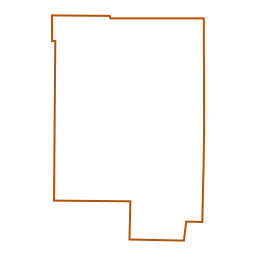 Crawford, Missouri, United States of America
{"feature_id": "52423323B82106170335401", "entity_name": "Crawford", "entity_type": "district", "adm_level": 2, "iso_a3": "USA", "parent_name": "United States of America", "parent_adm1": "Missouri", "projection": "mercator", "projection_center": [-91.306, 37.954], "detail": "fine", "context": "isolated", "style": "outline", "palette": "amber", "viewbox_px": 256, "rotation_deg": 0, "n_neighbors": 0, "source": "geoboundaries", "source_scale": "gbopen_adm2", "svg_char_len": 307}
<svg xmlns="http://www.w3.org/2000/svg" viewBox="0 0 256 256"><path d="M109.8,15.9L51.9,15.4L52.1,41.0L55.3,41.1L54.0,200.6L130.3,201.3L129.5,239.5L183.9,240.6L186.2,221.6L202.3,222.0L203.6,164.7L204.1,126.6L203.8,18.4L110.6,18.4L109.8,16.7L109.8,15.9Z" fill="none" stroke="#b45309" stroke-width="2"/></svg>